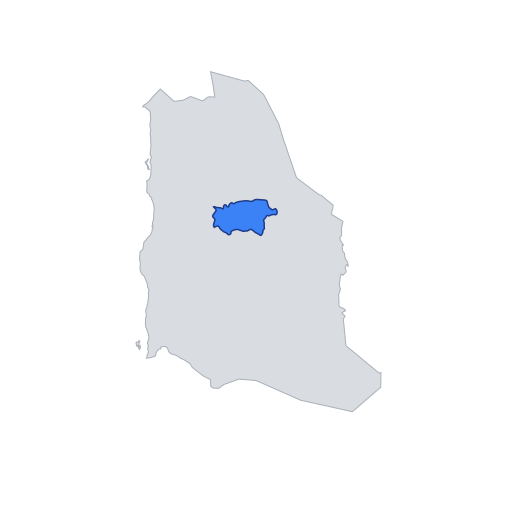 Saudi Arabia, with Al Quassim highlighted, rotated 32°
{"feature_id": "SAU-846", "entity_name": "Al Quassim", "entity_type": "Region", "adm_level": 1, "iso_a3": "SAU", "parent_name": "Saudi Arabia", "parent_adm1": "", "projection": "mercator", "projection_center": [43.262, 25.97], "detail": "fine", "context": "in_parent", "style": "filled", "palette": "blue", "viewbox_px": 512, "rotation_deg": 32, "n_neighbors": 0, "source": "natural_earth", "source_scale": "10m", "svg_char_len": 6294}
<svg xmlns="http://www.w3.org/2000/svg" viewBox="0 0 512 512"><g transform="rotate(32 256 256)"><path d="M370.2,354.7L323.7,361.3L321.2,362.0L306.7,369.5L296.9,381.9L294.6,387.8L293.4,388.7L291.4,389.8L289.6,390.7L286.8,390.5L283.5,386.0L282.7,385.1L281.9,385.0L275.7,385.7L262.8,384.5L260.6,384.1L257.8,382.6L257.1,382.3L256.3,382.3L249.6,382.2L246.3,382.7L243.1,382.5L239.8,382.8L238.6,383.3L237.3,383.3L236.5,383.8L235.8,384.1L235.0,383.6L233.9,383.7L232.4,383.3L231.4,382.4L230.5,381.5L229.5,381.0L228.4,380.7L227.5,380.7L226.3,381.2L225.6,381.7L223.7,383.5L223.6,384.1L224.5,385.1L224.2,385.5L223.1,386.1L222.8,387.8L222.6,388.6L222.5,390.7L222.9,392.4L223.6,393.0L223.6,393.7L223.3,395.1L222.3,395.6L221.5,396.9L221.1,397.6L220.3,398.3L217.2,400.7L217.0,399.3L216.0,397.2L216.0,395.8L215.5,394.3L214.6,393.2L213.1,392.0L212.9,390.4L211.8,388.9L210.2,387.6L209.4,385.2L208.7,382.1L204.7,378.0L199.7,374.2L198.1,372.1L195.6,367.7L194.4,364.3L191.0,360.3L190.9,358.8L190.4,356.9L189.6,354.9L189.1,353.2L185.7,346.0L184.6,344.9L183.7,343.2L183.5,342.0L183.2,341.3L180.8,340.1L178.5,337.1L171.8,332.3L168.6,331.8L166.0,330.0L164.1,327.8L162.0,323.9L158.4,319.6L155.4,313.6L156.3,311.4L156.3,309.9L155.3,307.3L154.3,305.3L153.6,303.4L154.2,300.7L154.4,297.6L155.0,296.0L155.4,294.2L154.9,290.6L153.9,288.7L154.0,287.4L152.8,286.7L151.9,285.4L152.8,285.4L151.1,283.4L150.4,282.3L149.8,279.7L148.9,277.7L146.2,273.1L144.9,270.3L142.0,266.7L138.8,264.0L136.8,262.8L135.8,261.6L134.2,261.6L132.4,260.0L131.1,260.0L129.5,259.7L127.7,256.6L126.1,253.8L123.5,250.0L124.2,249.0L124.9,247.4L124.5,245.4L124.1,243.9L123.0,241.4L119.2,234.9L118.2,233.9L116.5,232.9L115.5,230.0L115.1,227.5L112.5,226.3L108.0,217.2L105.4,214.0L104.3,211.8L101.3,208.3L99.9,204.8L96.8,201.5L94.2,195.8L90.2,190.2L88.4,189.2L84.3,188.8L82.5,188.4L80.9,189.6L80.7,188.0L81.9,185.8L83.5,181.2L83.8,177.2L86.3,165.1L104.1,168.2L105.0,168.0L111.8,162.4L115.6,155.9L116.4,155.3L128.3,152.8L128.7,152.5L131.0,146.7L131.3,146.3L131.7,146.0L136.8,143.0L128.5,133.2L119.8,123.8L153.2,113.9L153.8,113.6L156.3,111.3L171.0,113.9L176.7,115.0L178.5,115.9L205.1,131.8L218.1,143.1L248.7,168.0L249.1,168.2L276.5,170.6L279.4,170.0L286.9,171.0L294.4,172.0L295.9,174.9L296.4,177.0L296.9,178.9L298.4,180.7L304.7,180.6L311.2,180.5L312.2,182.3L312.6,184.1L314.3,188.3L316.8,191.6L317.4,192.8L317.8,194.6L317.3,195.2L317.2,196.0L319.0,197.8L322.0,199.3L323.2,199.7L324.5,200.4L323.5,201.4L325.2,203.8L327.3,206.2L329.5,206.8L332.5,210.4L337.0,212.8L339.7,215.9L339.5,216.0L338.7,215.7L337.7,215.2L337.3,215.6L337.4,216.9L337.7,218.4L339.1,219.8L340.3,220.7L340.8,222.5L339.8,226.4L339.5,226.4L338.8,226.0L338.1,226.0L337.7,226.2L338.6,229.0L339.4,231.1L340.4,232.8L341.2,235.2L341.9,236.3L344.8,238.9L345.7,241.1L346.5,245.1L348.3,247.4L349.3,249.1L350.6,250.6L351.5,252.6L352.7,254.1L353.3,254.5L354.3,254.7L355.4,254.7L356.9,254.3L358.4,253.9L359.5,254.7L360.7,254.6L360.9,255.3L360.0,256.3L359.0,258.8L360.5,259.2L361.8,259.4L362.8,259.8L363.4,259.8L363.4,260.3L363.4,262.7L363.8,263.6L379.8,284.4L422.3,290.1L422.6,290.0L423.7,288.6L431.3,301.2L420.2,337.0L370.2,354.7ZM203.6,394.7L204.9,394.8L204.4,394.2L204.3,393.9L204.8,393.1L206.7,394.8L206.6,396.8L206.5,397.2L206.0,396.8L205.6,396.4L205.5,395.9L205.0,395.4L203.2,395.8L202.1,395.2L200.5,393.6L200.1,392.4L200.8,392.2L201.5,391.6L201.9,390.6L201.5,389.7L202.5,389.8L203.0,390.8L203.1,393.1L203.2,393.6L203.0,394.1L203.6,394.7ZM118.8,239.7L118.4,239.7L117.2,238.4L116.5,237.5L115.9,236.9L112.7,235.6L112.2,234.8L112.7,234.0L113.1,234.8L113.6,235.3L116.3,236.4L119.2,238.9L119.7,239.1L118.8,239.7ZM113.7,233.6L113.6,233.8L112.9,233.2L112.9,231.7L113.5,230.9L113.5,232.0L113.7,233.2L113.7,233.6Z" fill="#d9dde1" stroke="#a8b0b8" stroke-width="1"/><path d="M247.6,205.5L248.7,205.9L249.5,206.4L250.2,207.0L250.5,207.4L250.8,207.8L251.0,208.2L251.1,208.6L251.2,209.0L251.3,209.3L251.3,209.6L251.2,209.9L251.1,210.2L250.9,210.5L250.5,210.7L250.2,210.9L249.3,211.2L248.9,211.5L248.5,211.7L247.8,212.4L247.1,213.1L245.9,214.9L245.6,215.2L245.4,215.3L244.8,215.4L244.4,215.5L244.0,215.8L243.7,216.2L243.7,216.6L243.8,217.5L243.8,218.3L243.4,220.7L243.5,221.1L243.5,221.5L243.7,221.8L244.0,222.2L245.3,223.5L245.7,224.0L247.2,226.5L248.5,228.2L248.5,228.3L248.6,228.9L248.4,229.7L248.3,230.3L248.4,230.7L248.9,231.6L249.1,232.1L249.3,232.7L249.5,233.9L249.5,234.5L249.4,235.0L249.4,235.4L249.2,235.8L249.1,236.0L248.7,236.2L248.4,236.2L246.9,236.1L242.9,236.4L239.4,235.9L238.6,235.9L238.2,236.0L237.8,236.1L237.5,236.3L237.2,236.4L237.0,236.6L236.8,236.9L236.3,237.5L235.7,238.8L235.4,239.3L235.0,239.6L233.8,240.4L232.9,241.2L232.5,241.5L231.8,241.9L226.3,243.2L225.9,243.4L225.5,243.7L223.9,245.3L222.3,247.4L222.1,247.9L222.0,248.4L222.0,248.7L222.2,249.1L222.6,249.9L222.8,250.3L222.7,250.8L222.5,251.5L222.1,251.9L221.7,252.3L221.4,252.5L221.0,252.6L220.7,252.6L219.4,252.2L218.6,252.1L216.2,252.5L215.4,252.5L212.4,252.2L211.2,251.9L210.5,251.6L208.7,250.7L208.3,250.6L207.9,250.7L207.5,250.9L207.1,251.2L206.9,251.5L205.8,253.1L205.4,253.8L204.0,252.8L203.7,252.5L203.5,252.2L203.2,251.4L202.3,248.0L202.0,247.2L201.7,246.7L201.2,246.4L199.1,245.9L198.7,245.6L198.3,245.3L198.0,244.8L197.9,244.4L197.8,244.0L198.1,239.2L198.1,238.8L197.9,238.3L197.7,238.0L197.3,237.8L196.6,237.5L194.4,237.0L194.0,236.8L194.6,236.2L195.3,236.0L196.3,235.9L196.9,235.7L199.6,234.3L200.2,234.0L200.7,233.9L202.3,233.7L202.7,233.6L203.0,233.3L203.1,233.0L203.0,232.7L202.2,231.0L202.1,230.6L202.0,230.2L202.1,229.8L202.3,229.4L202.7,228.9L203.1,228.7L203.5,228.7L203.8,228.8L205.1,229.3L205.5,229.4L205.9,229.4L206.2,229.3L206.4,229.0L206.5,228.7L206.5,228.4L206.4,228.2L206.1,226.7L206.1,226.4L206.1,226.0L206.2,225.6L206.5,224.8L206.9,224.0L207.1,223.7L207.4,223.6L207.8,223.6L208.2,223.6L208.6,223.6L209.4,223.4L209.7,223.2L209.9,222.9L210.1,222.5L210.3,221.8L210.8,221.0L212.8,218.8L217.2,215.2L219.2,213.9L223.0,212.3L223.5,211.8L223.9,211.4L224.1,211.0L224.8,209.5L225.4,208.8L226.2,208.0L227.5,207.2L233.8,203.9L234.6,203.6L235.0,203.5L235.4,203.5L235.8,203.5L236.2,203.7L236.5,203.9L237.1,204.4L238.3,205.7L240.5,207.4L241.2,207.9L241.6,208.0L243.3,208.1L244.4,208.3L244.8,208.3L245.2,208.2L245.5,208.1L245.7,207.9L247.0,206.1L247.6,205.5Z" fill="#3b82f6" stroke="#1e3a8a" stroke-width="1.5"/></g></svg>